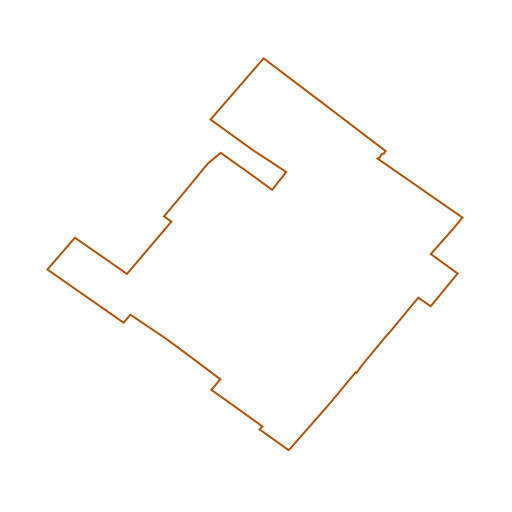 Brandsen, Buenos Aires, Argentina (Equal Earth projection), rotated 265°
{"feature_id": "61730980B58719049483690", "entity_name": "Brandsen", "entity_type": "district", "adm_level": 2, "iso_a3": "ARG", "parent_name": "Argentina", "parent_adm1": "Buenos Aires", "projection": "equal_earth", "projection_center": [-58.12, -35.196], "detail": "fine", "context": "isolated", "style": "outline", "palette": "amber", "viewbox_px": 512, "rotation_deg": 265, "n_neighbors": 0, "source": "geoboundaries", "source_scale": "gbopen_adm2", "svg_char_len": 1203}
<svg xmlns="http://www.w3.org/2000/svg" viewBox="0 0 512 512"><g transform="rotate(265 256 256)"><path d="M349.3,394.2L395.3,343.7L452.2,280.8L417.2,244.6L395.9,222.6L385.6,234.5L361.5,262.4L350.5,276.5L337.0,293.4L320.5,277.8L344.0,250.9L344.7,249.8L361.8,229.9L353.1,217.1L348.4,212.2L338.2,202.3L325.7,190.0L303.5,167.8L297.6,174.7L249.4,125.9L290.0,77.2L260.7,47.0L201.0,118.4L208.5,125.7L181.5,159.1L162.7,180.4L136.3,209.7L126.5,199.9L119.9,207.6L104.0,226.3L85.7,247.5L82.9,244.5L74.8,253.9L59.8,271.6L62.2,274.4L102.7,316.7L131.4,345.1L130.8,345.9L138.1,352.2L161.3,375.1L164.8,378.6L169.8,383.9L200.3,414.0L190.7,425.7L221.0,455.3L242.7,430.3L265.7,454.6L276.3,465.0L342.5,385.5L342.7,385.9L342.8,386.3L342.8,386.7L342.8,386.9L343.0,387.3L343.2,387.6L343.4,387.8L343.6,388.0L343.9,388.2L344.2,388.4L344.6,388.6L344.9,388.8L345.1,389.0L345.4,389.3L345.7,389.6L345.9,389.8L346.2,390.1L346.5,390.3L346.6,390.5L346.8,390.8L346.9,391.0L346.9,391.3L346.8,391.6L346.8,391.8L346.8,392.2L347.0,392.5L347.2,392.8L347.5,392.9L347.9,393.0L348.1,393.1L348.3,393.2L348.4,393.3L348.6,393.5L348.8,393.6L348.9,393.8L349.0,393.9L349.2,394.1L349.3,394.2Z" fill="none" stroke="#b45309" stroke-width="2"/></g></svg>